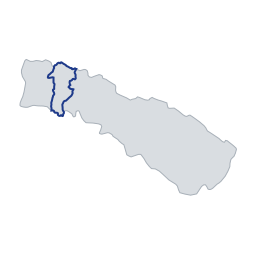 Sagarmatha highlighted on a map of Nepal, rotated 183°
{"feature_id": "NPL-1133", "entity_name": "Sagarmatha", "entity_type": "Administrative Zone", "adm_level": 1, "iso_a3": "NPL", "parent_name": "Nepal", "parent_adm1": "", "projection": "robinson", "projection_center": [86.603, 27.261], "detail": "fine", "context": "in_parent", "style": "outline", "palette": "blue", "viewbox_px": 256, "rotation_deg": 183, "n_neighbors": 0, "source": "natural_earth", "source_scale": "10m", "svg_char_len": 5215}
<svg xmlns="http://www.w3.org/2000/svg" viewBox="0 0 256 256"><g transform="rotate(183 128 128)"><path d="M235.9,144.0L237.0,144.8L237.1,146.2L236.9,147.8L235.8,151.2L234.8,153.6L233.7,158.6L232.6,167.3L232.8,168.8L236.1,173.8L237.3,177.7L237.4,180.3L236.1,184.7L234.6,189.6L233.8,190.7L233.0,191.1L229.0,189.4L226.3,189.6L223.2,190.6L219.9,190.4L217.2,189.8L213.8,191.8L210.5,190.7L208.4,189.5L207.0,186.1L206.4,185.6L199.5,189.2L197.9,189.5L193.6,187.5L190.1,185.6L188.8,185.0L185.4,184.3L182.3,183.9L179.0,182.7L174.9,184.2L173.3,184.1L171.7,183.0L170.9,180.7L170.7,178.5L169.3,177.0L167.1,176.6L164.1,178.0L159.7,179.8L158.2,179.5L156.9,178.9L156.4,178.5L155.8,176.4L155.1,176.0L154.1,175.9L152.3,175.4L150.0,173.9L143.2,170.2L142.4,168.6L142.4,165.1L142.0,163.6L141.2,162.1L137.7,160.5L131.0,158.0L127.2,156.0L125.4,156.9L121.9,157.8L120.1,159.6L117.9,159.0L112.6,157.1L109.8,156.8L108.1,157.4L107.7,158.5L105.5,159.8L103.4,158.8L99.4,157.5L95.9,156.7L90.5,155.1L89.9,152.6L89.0,150.2L87.7,149.8L82.9,150.3L78.5,147.6L73.8,144.1L71.8,143.0L70.4,142.6L69.3,143.0L68.0,143.8L66.8,144.1L64.2,142.6L60.9,140.5L56.9,137.9L52.2,134.3L50.3,132.2L49.5,130.7L48.5,129.2L44.4,126.9L41.2,125.0L37.3,122.7L36.6,122.3L35.1,121.0L32.9,119.3L31.0,118.8L30.4,119.7L30.0,120.7L28.3,120.5L25.8,118.7L23.2,116.9L21.1,115.3L19.0,113.5L18.6,112.3L19.5,108.3L20.8,105.0L21.8,104.2L23.6,102.0L24.3,98.1L24.3,94.7L26.0,90.0L28.4,85.0L32.4,79.6L34.2,77.9L36.1,76.6L39.8,72.7L40.6,72.0L42.2,71.0L43.8,70.8L44.9,71.2L46.1,73.3L47.6,75.3L49.4,75.2L51.5,73.5L56.0,65.8L62.0,64.2L67.7,65.0L72.8,66.1L74.2,68.7L75.2,71.4L75.8,72.8L77.4,74.4L84.5,78.3L88.6,81.8L94.3,86.5L98.6,88.6L102.4,88.7L104.6,90.6L107.8,94.2L110.5,98.4L113.8,102.3L116.2,102.2L119.4,100.9L123.4,99.3L125.7,100.1L127.8,101.2L128.5,103.2L129.8,107.0L131.2,111.0L133.4,112.3L136.1,114.4L137.5,116.0L142.5,118.9L143.2,120.2L144.2,121.0L145.4,121.5L146.4,122.1L148.0,122.3L153.8,120.5L155.3,120.7L156.2,121.1L156.3,121.7L155.2,124.5L154.3,128.1L155.2,129.8L157.6,130.6L163.0,131.1L170.2,131.1L172.4,132.9L174.6,135.6L176.8,140.2L177.6,142.1L178.7,142.7L180.6,141.9L180.9,140.0L181.0,137.2L182.6,136.2L183.6,136.9L184.8,139.2L187.8,141.1L189.9,142.1L192.0,141.8L192.9,141.0L193.9,137.2L195.5,136.6L197.6,136.8L198.3,137.6L199.2,139.2L201.7,139.9L204.1,140.9L206.5,142.1L209.7,145.0L213.8,145.5L218.5,145.4L220.9,145.5L222.8,145.7L224.4,145.5L229.2,143.5L231.2,143.3L233.6,143.5L235.9,144.0Z" fill="#d9dde1" stroke="#a8b0b8" stroke-width="1"/><path d="M196.8,136.5L197.3,136.5L197.8,136.7L198.3,137.1L198.7,137.4L198.8,137.8L198.7,138.7L198.9,139.2L199.7,139.5L201.6,139.4L202.4,140.0L202.6,140.8L203.0,141.3L203.6,141.6L204.3,141.7L205.1,141.5L205.4,141.4L205.4,141.5L205.4,143.5L205.7,144.9L205.9,145.5L205.9,145.8L205.9,146.0L205.8,146.6L205.7,147.3L205.9,148.7L205.9,149.1L205.9,149.4L205.4,151.3L204.9,154.5L204.7,154.9L204.5,156.2L204.4,156.5L204.1,156.9L203.6,157.5L203.4,158.1L203.7,159.3L204.8,161.2L204.9,161.7L204.9,162.2L204.8,162.4L204.6,162.5L204.4,162.7L204.2,162.8L203.8,163.1L203.8,163.6L203.9,165.0L203.9,165.6L203.7,167.5L203.7,168.0L203.9,168.4L204.4,168.9L204.7,169.3L204.8,169.7L205.0,174.5L206.0,174.7L209.2,173.9L210.1,173.9L210.6,174.1L210.7,174.6L210.6,175.3L210.5,175.5L210.3,176.1L210.3,176.4L210.1,176.7L209.7,177.1L209.0,177.6L207.1,179.6L206.5,179.9L206.1,180.3L205.4,183.0L205.1,183.7L204.9,184.1L205.0,184.4L205.1,184.6L205.1,185.0L205.1,185.3L205.1,185.6L204.9,185.9L204.3,186.5L204.2,186.7L204.2,186.8L203.4,187.0L202.6,187.6L202.3,188.3L201.8,188.9L201.1,189.4L200.4,189.6L200.2,189.5L199.2,189.1L198.9,189.2L198.7,189.5L198.5,189.9L198.2,190.1L197.7,190.0L195.8,188.8L194.0,187.9L193.4,187.6L193.1,187.1L192.7,186.8L192.3,186.5L191.7,186.4L190.9,186.0L189.2,185.1L188.4,184.8L188.2,184.8L187.6,184.9L187.4,184.8L187.2,184.6L187.2,184.2L187.0,183.9L186.5,183.8L186.0,183.9L184.9,184.3L184.3,184.7L184.1,184.8L183.9,184.7L183.7,184.6L183.6,184.4L183.4,184.3L183.0,184.2L182.8,184.2L184.1,181.2L184.2,180.7L184.1,180.3L184.0,180.0L183.5,179.2L183.3,178.9L183.2,178.5L183.1,178.2L183.1,177.8L183.1,176.3L183.0,175.9L182.8,175.2L182.8,174.8L182.9,174.6L183.0,174.4L183.4,173.9L183.6,173.8L183.8,173.8L184.6,174.1L184.9,174.2L185.2,174.2L185.8,174.0L186.6,172.8L187.3,172.3L188.5,171.9L188.6,171.6L188.7,171.2L188.7,170.2L188.5,169.3L188.3,168.5L188.2,168.4L188.0,168.2L187.9,168.1L187.8,167.9L188.6,167.1L189.4,166.1L189.5,165.8L189.5,165.7L189.3,165.5L188.5,165.0L188.4,164.9L188.2,164.6L188.0,164.4L187.8,164.2L187.4,164.1L186.5,163.9L185.0,163.9L184.5,163.8L184.5,163.6L185.2,162.3L185.4,161.8L185.4,161.4L185.4,161.1L185.2,160.4L185.1,160.2L185.1,159.9L185.2,159.7L185.4,159.0L185.9,157.9L186.3,157.2L188.7,154.9L190.1,153.3L190.5,153.0L191.3,152.1L191.5,152.0L191.8,151.9L192.4,151.8L193.0,151.5L193.3,151.3L193.6,150.9L193.9,150.2L194.2,149.3L194.4,148.8L194.6,148.5L194.7,148.3L194.8,147.9L194.7,147.4L194.7,146.8L194.5,145.9L194.3,144.3L194.3,143.4L194.1,142.6L193.4,141.3L192.9,140.8L192.8,140.0L192.8,139.5L193.0,139.1L193.2,138.8L193.4,138.4L193.5,137.9L193.5,137.4L193.6,136.9L193.8,136.6L194.3,136.5L194.6,136.7L195.0,137.1L195.4,137.3L195.8,137.2L196.4,136.6L196.8,136.5Z" fill="none" stroke="#1e3a8a" stroke-width="2"/></g></svg>